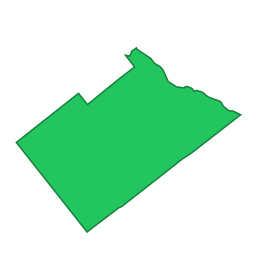 the district of Skamania, Washington, United States of America, rotated 232°
{"feature_id": "52423323B13974884585376", "entity_name": "Skamania", "entity_type": "district", "adm_level": 2, "iso_a3": "USA", "parent_name": "United States of America", "parent_adm1": "Washington", "projection": "albers", "projection_center": [-121.935, 45.968], "detail": "fine", "context": "isolated", "style": "filled", "palette": "green", "viewbox_px": 256, "rotation_deg": 232, "n_neighbors": 0, "source": "geoboundaries", "source_scale": "gbopen_adm2", "svg_char_len": 733}
<svg xmlns="http://www.w3.org/2000/svg" viewBox="0 0 256 256"><g transform="rotate(232 128 128)"><path d="M185.8,110.4L185.4,31.1L91.3,31.6L71.8,31.7L71.1,31.8L71.3,33.9L70.8,71.9L70.0,74.4L70.0,108.2L70.1,151.4L69.2,162.4L69.1,209.5L69.1,224.9L76.7,221.2L79.6,218.1L86.6,216.5L88.4,216.9L88.9,217.0L88.9,216.9L91.2,217.2L92.9,216.7L102.1,210.8L105.6,209.5L108.7,209.3L112.0,207.7L112.5,207.2L115.2,205.4L116.4,202.9L117.1,202.6L119.7,202.8L121.9,201.6L124.1,200.4L125.3,198.7L125.1,196.7L130.7,191.5L139.7,188.3L152.0,191.3L156.4,191.1L162.7,188.7L168.7,188.8L184.4,183.6L186.0,184.0L186.3,178.6L183.6,173.6L186.9,170.8L172.1,170.8L172.2,150.5L171.4,110.5L185.8,110.4Z" fill="#22c55e" stroke="#15803d" stroke-width="1.5"/></g></svg>